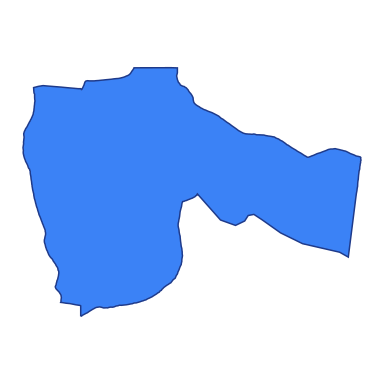 Mbacke, Diourbel, Senegal
{"feature_id": "50182788B63857747785645", "entity_name": "Mbacke", "entity_type": "district", "adm_level": 2, "iso_a3": "SEN", "parent_name": "Senegal", "parent_adm1": "Diourbel", "projection": "orthographic", "projection_center": [-15.86, 14.756], "detail": "fine", "context": "isolated", "style": "filled", "palette": "blue", "viewbox_px": 384, "rotation_deg": 0, "n_neighbors": 0, "source": "geoboundaries", "source_scale": "gbopen_adm2", "svg_char_len": 5832}
<svg xmlns="http://www.w3.org/2000/svg" viewBox="0 0 384 384"><path d="M60.7,302.4L62.5,302.6L66.0,303.2L70.0,303.6L75.9,304.8L79.9,305.4L80.5,305.6L80.7,305.8L80.7,316.3L80.7,316.2L81.4,316.1L81.8,315.9L82.2,315.4L85.0,313.9L86.1,313.3L87.3,312.8L89.1,311.5L90.4,310.7L92.5,309.4L94.0,308.6L95.4,307.8L96.4,307.4L99.6,306.9L101.6,307.3L103.4,307.9L104.8,307.9L106.5,307.8L107.8,307.9L108.6,307.5L110.6,307.1L112.6,307.2L114.0,306.9L115.0,306.5L116.2,306.0L117.9,305.8L119.4,305.2L121.5,305.3L122.3,305.2L126.3,304.8L128.6,304.4L130.8,303.9L132.1,303.8L134.2,303.0L136.2,302.9L137.9,302.4L140.0,301.8L141.8,301.1L142.9,300.9L144.5,300.2L145.9,299.9L147.6,298.8L149.1,298.2L152.2,296.7L153.5,295.8L156.6,293.9L157.5,293.1L159.2,292.2L160.2,290.9L161.4,290.3L161.8,289.5L162.8,288.6L163.8,287.5L165.4,286.3L166.9,285.2L168.3,284.4L169.5,283.5L170.8,282.8L172.1,281.1L173.1,279.8L174.1,279.0L175.2,278.2L176.3,275.5L177.2,274.3L177.6,273.4L178.0,271.8L178.6,270.7L179.3,269.0L179.7,267.7L180.4,266.1L181.2,264.6L181.4,263.1L181.8,261.5L181.8,260.4L181.9,259.0L182.3,256.9L182.5,255.6L182.2,253.8L182.2,251.9L182.0,250.5L181.8,248.4L181.2,246.2L180.9,243.6L180.6,241.5L180.2,237.6L180.1,236.0L179.7,234.8L179.2,232.3L179.0,230.0L178.7,228.7L178.3,227.0L178.1,225.7L178.2,223.4L178.7,221.2L178.8,220.2L179.3,218.0L179.6,216.4L179.9,213.6L180.1,211.8L180.6,209.8L181.0,208.3L181.5,206.6L181.7,205.3L182.0,203.3L182.6,201.6L184.0,201.3L185.4,200.7L186.5,200.5L187.7,199.9L189.6,199.2L190.7,198.7L192.2,198.2L195.1,196.6L195.7,195.8L196.8,195.4L196.8,194.7L197.4,193.9L205.1,202.6L220.5,220.0L235.5,225.4L244.7,221.0L248.2,215.5L253.9,214.4L262.1,219.8L280.6,232.9L302.6,243.7L339.6,252.2L348.3,257.1L356.0,196.3L356.4,193.4L356.9,190.8L357.2,188.3L357.6,186.4L357.7,183.4L357.9,181.3L358.3,179.1L358.4,177.4L358.6,175.1L358.9,172.9L359.1,171.0L359.7,169.1L359.8,166.7L360.1,165.3L360.2,164.1L360.6,162.7L360.6,161.3L361.0,160.2L360.7,158.6L360.8,157.5L360.2,156.9L358.8,156.5L356.2,156.0L354.0,154.9L352.1,154.2L350.2,153.5L349.0,152.8L347.8,152.2L346.4,151.5L345.1,151.0L344.4,150.9L343.2,150.6L342.2,150.3L340.8,150.0L339.4,149.6L336.5,149.0L335.6,148.7L334.6,148.7L332.6,149.0L331.1,149.0L330.1,149.1L329.3,149.3L328.3,149.5L326.1,150.5L322.3,151.9L320.1,152.8L318.6,153.2L317.0,153.7L315.1,154.6L313.3,155.4L311.5,156.0L310.7,156.4L309.6,156.8L308.5,157.2L307.3,157.2L306.3,156.5L304.1,155.3L302.8,154.4L300.8,153.1L299.1,152.2L297.5,151.3L295.7,150.0L294.1,149.1L292.2,148.0L289.8,146.4L288.3,145.3L286.7,144.6L285.8,143.7L282.2,141.1L281.0,140.6L279.5,139.7L278.6,139.0L277.6,138.7L275.9,138.0L275.2,137.5L274.1,136.9L273.0,136.8L271.7,136.5L269.8,136.2L268.2,136.0L266.6,135.7L265.5,135.5L263.8,135.0L263.0,135.0L258.8,134.8L257.5,134.8L256.3,134.7L255.0,134.2L253.7,134.0L252.0,134.3L251.0,134.2L249.9,134.1L248.8,134.1L248.0,134.0L246.8,133.9L246.0,133.9L244.9,133.6L243.1,133.1L242.9,132.9L241.8,132.4L238.4,130.5L235.8,128.5L231.8,125.7L229.2,123.7L226.8,122.2L222.9,119.2L221.3,118.4L218.7,116.1L217.0,115.2L214.1,113.7L211.9,112.6L208.0,111.2L205.7,110.1L203.8,109.5L202.1,108.5L200.6,107.8L199.3,106.8L197.3,105.7L195.9,104.7L194.6,103.5L193.8,102.3L193.5,101.1L193.2,99.7L193.1,97.9L192.7,96.9L192.0,95.5L191.3,94.4L190.6,93.4L189.7,92.5L188.8,91.3L188.1,89.9L187.1,88.8L186.2,87.8L184.9,87.1L184.2,86.5L182.7,86.2L180.4,85.0L179.4,83.2L178.5,82.5L177.4,79.6L176.6,75.9L177.4,72.8L177.4,67.9L171.3,67.7L134.0,67.8L133.9,68.3L132.8,70.0L131.8,71.3L131.1,72.5L130.4,73.5L129.5,74.4L128.6,75.1L127.6,75.6L126.2,76.1L124.8,76.8L123.3,77.3L120.2,78.1L118.8,78.4L117.9,78.5L116.2,78.6L113.5,78.9L111.6,79.2L108.4,79.5L106.2,79.7L103.5,80.0L101.4,80.2L98.7,80.5L95.8,80.7L94.2,80.9L89.7,80.9L87.5,80.7L86.6,80.9L86.0,81.0L85.7,81.2L85.3,81.6L85.0,82.0L84.7,82.8L84.4,83.6L84.2,84.4L83.8,85.5L83.4,86.2L83.0,87.2L82.6,88.0L82.1,89.0L81.8,89.4L81.6,89.6L81.4,89.6L80.9,88.7L78.3,88.7L74.1,88.3L68.4,87.8L61.1,87.1L46.2,85.9L43.1,85.6L38.2,86.4L33.6,87.6L33.8,90.8L33.9,91.8L34.0,93.0L34.6,94.1L34.6,95.4L34.6,97.2L34.7,99.1L35.0,101.1L34.7,102.2L34.5,104.8L34.3,106.1L34.2,107.7L34.0,109.0L33.9,110.6L33.6,111.8L33.3,113.0L33.2,114.2L32.7,115.3L32.2,116.6L31.6,117.8L31.3,118.7L30.6,119.8L30.1,121.0L29.5,121.9L29.1,122.7L27.8,125.2L27.2,126.5L26.3,127.8L25.5,129.0L25.0,130.3L24.4,131.3L24.1,132.4L23.7,133.7L23.8,135.1L24.1,137.1L23.7,140.6L23.5,142.1L23.6,143.8L23.3,145.7L23.0,147.6L23.2,149.4L23.4,150.5L23.2,152.1L23.3,153.6L23.9,156.2L24.2,157.3L24.6,158.6L25.2,159.9L25.6,161.4L26.3,162.6L27.1,164.2L27.6,165.2L28.3,167.4L28.7,168.3L29.5,169.1L29.8,170.3L30.2,171.3L30.2,172.4L30.3,173.7L30.6,175.3L30.9,176.8L31.0,178.3L31.2,179.8L31.5,181.3L31.8,184.2L32.1,185.6L32.1,186.5L32.3,187.4L32.5,188.7L32.7,189.9L32.9,190.7L33.4,192.8L33.7,193.9L33.8,195.3L34.0,196.4L34.2,197.5L34.4,198.6L34.8,199.7L35.4,202.0L35.6,203.1L36.0,204.3L36.3,205.7L36.8,207.3L37.2,208.1L37.6,209.7L37.9,210.8L38.2,211.7L38.7,213.2L39.0,214.6L39.5,215.7L40.1,217.0L40.9,219.1L41.2,220.0L41.7,221.3L42.1,222.2L42.4,223.3L43.1,224.8L43.3,225.4L43.6,226.3L44.4,228.2L44.9,229.4L45.2,230.4L45.2,231.3L45.5,232.4L45.6,233.9L45.5,235.0L45.1,236.4L44.8,237.9L44.7,238.6L44.4,239.6L44.3,241.1L44.5,242.7L45.1,244.4L45.7,247.1L46.1,248.1L46.6,249.8L47.3,250.9L47.6,251.9L48.1,253.0L48.7,254.6L49.4,255.7L50.2,256.9L51.3,258.2L52.1,258.9L52.7,259.8L53.2,261.0L53.8,261.7L54.2,262.4L55.2,263.7L55.7,264.5L56.1,265.5L56.7,266.4L57.3,267.2L57.8,268.2L57.9,269.1L58.1,270.2L58.6,270.9L58.8,272.2L58.8,273.4L58.6,274.4L58.5,275.4L58.3,276.5L58.0,277.6L57.8,278.6L57.5,279.6L57.0,280.6L56.7,282.1L56.3,283.3L56.2,284.4L55.8,285.4L55.3,286.4L55.4,287.4L55.8,288.3L56.2,289.0L57.9,290.8L59.0,291.9L60.7,294.6L61.1,295.6L61.2,296.7L61.4,297.9L61.2,298.6L61.1,299.5L61.0,300.2L61.0,301.1L60.9,302.0L60.7,302.4Z" fill="#3b82f6" stroke="#1e3a8a" stroke-width="1.5"/></svg>